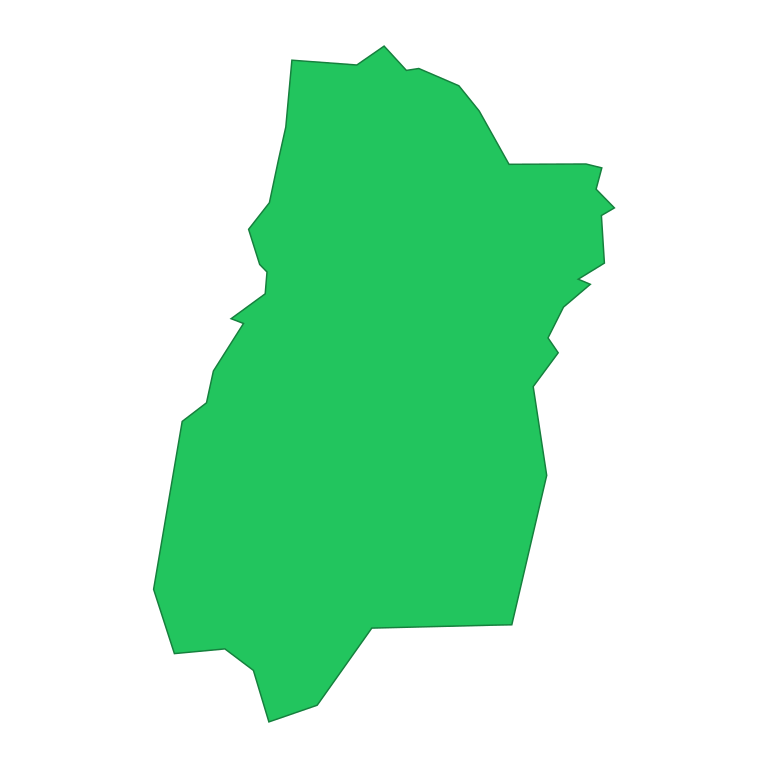 Upshur, West Virginia, United States of America
{"feature_id": "52423323B60686531636314", "entity_name": "Upshur", "entity_type": "district", "adm_level": 2, "iso_a3": "USA", "parent_name": "United States of America", "parent_adm1": "West Virginia", "projection": "natural_earth1", "projection_center": [-80.225, 38.899], "detail": "fine", "context": "isolated", "style": "filled", "palette": "green", "viewbox_px": 768, "rotation_deg": 0, "n_neighbors": 0, "source": "geoboundaries", "source_scale": "gbopen_adm2", "svg_char_len": 654}
<svg xmlns="http://www.w3.org/2000/svg" viewBox="0 0 768 768"><path d="M317.2,705.2L371.8,628.1L490.7,625.2L511.8,624.8L546.7,475.4L533.2,386.6L558.2,352.8L548.0,337.9L563.5,307.1L590.3,284.3L578.2,279.2L604.4,263.1L601.4,215.5L614.4,207.9L596.1,189.2L601.8,167.9L586.0,164.0L509.0,164.3L479.2,111.0L458.9,85.8L418.8,68.5L406.4,70.4L384.1,46.1L356.8,65.0L291.9,60.2L285.8,127.0L278.3,160.6L269.4,202.7L248.6,229.3L259.7,264.5L267.0,272.0L265.2,293.8L231.1,318.7L243.5,323.5L213.4,371.0L206.5,402.8L182.2,421.4L165.8,517.6L153.6,589.3L174.4,653.6L224.9,648.9L253.4,670.4L268.9,721.9L317.2,705.2Z" fill="#22c55e" stroke="#15803d" stroke-width="1.5"/></svg>